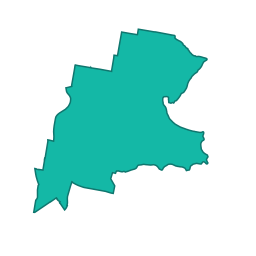 outline of Melville, Western Australia, Australia, rotated 100°
{"feature_id": "25037944B89194743408802", "entity_name": "Melville", "entity_type": "district", "adm_level": 2, "iso_a3": "AUS", "parent_name": "Australia", "parent_adm1": "Western Australia", "projection": "mercator", "projection_center": [115.829, -32.044], "detail": "fine", "context": "isolated", "style": "filled", "palette": "teal", "viewbox_px": 256, "rotation_deg": 100, "n_neighbors": 0, "source": "geoboundaries", "source_scale": "gbopen_adm2", "svg_char_len": 5572}
<svg xmlns="http://www.w3.org/2000/svg" viewBox="0 0 256 256"><g transform="rotate(100 128 128)"><path d="M174.8,132.5L174.3,132.3L173.8,132.3L173.1,132.1L172.4,131.8L172.2,131.5L172.2,130.9L172.2,130.5L172.0,130.2L171.9,129.9L172.1,129.1L172.2,127.6L172.2,126.6L172.1,126.1L172.0,125.6L171.8,125.3L171.4,124.4L171.5,123.9L171.8,123.1L171.8,122.8L171.5,122.4L171.3,122.0L170.8,120.9L168.9,117.7L167.2,114.2L166.2,113.0L165.4,112.6L163.7,112.0L163.1,111.7L162.8,111.3L162.6,110.7L161.9,108.3L161.2,106.8L161.1,106.2L161.0,105.5L161.0,104.4L160.9,103.3L160.8,102.3L160.6,99.6L160.3,98.3L159.8,96.9L159.7,96.5L159.7,95.6L159.8,95.1L159.9,94.1L160.3,93.2L161.0,92.1L161.8,91.2L162.3,90.7L163.0,90.0L163.1,89.6L163.1,89.3L163.6,87.9L163.6,87.6L163.5,87.2L163.3,87.0L163.0,86.8L161.3,86.3L159.7,85.3L159.0,84.5L158.0,83.2L157.2,82.6L157.0,82.3L156.6,81.5L156.2,80.1L156.1,79.1L156.1,78.7L156.1,78.0L157.1,74.3L157.1,73.4L157.2,72.2L157.1,71.2L157.2,70.9L157.1,70.1L157.1,69.3L157.0,68.7L157.0,67.6L157.1,67.0L157.6,65.2L157.8,64.8L158.1,64.5L158.6,64.1L159.8,63.1L159.3,62.0L158.9,61.0L158.8,60.5L158.6,60.3L158.2,60.1L157.3,60.1L156.7,59.9L156.0,60.0L155.8,60.0L155.3,59.8L155.1,59.8L154.7,59.7L154.1,59.4L153.9,59.1L153.5,58.6L152.4,57.7L151.7,56.2L151.5,55.7L150.9,54.3L150.9,53.1L150.9,51.2L150.8,49.9L150.7,49.6L150.4,49.4L149.9,49.2L148.5,48.4L148.2,47.9L148.1,47.6L148.1,47.3L148.4,46.5L148.8,45.8L149.4,45.1L149.7,44.5L149.7,44.0L149.5,43.7L149.1,43.4L148.7,43.3L148.4,43.3L148.2,43.5L147.9,43.8L147.1,44.4L145.8,45.1L145.3,45.2L144.6,45.1L143.4,44.6L142.8,44.3L142.5,44.3L142.2,44.3L141.5,44.8L140.9,45.1L140.7,45.5L140.4,46.6L139.9,47.8L139.4,48.8L138.8,49.7L138.4,50.2L137.5,50.9L136.9,51.5L136.4,51.9L135.7,52.3L134.3,52.7L132.9,53.2L132.1,53.3L131.3,53.6L130.9,53.6L130.2,53.5L129.7,53.4L129.1,53.2L128.5,53.0L127.9,52.6L127.3,52.0L126.9,51.4L126.3,51.2L125.7,51.1L125.4,51.3L125.0,51.6L124.4,51.9L123.8,52.4L123.4,52.8L122.1,52.8L121.1,52.6L120.6,52.5L119.5,52.6L119.2,52.7L118.8,53.0L118.7,53.2L118.7,53.6L118.8,53.8L119.1,54.1L119.5,54.9L119.7,55.4L119.9,56.8L119.9,61.0L119.8,62.5L119.9,63.3L119.5,67.7L119.2,69.6L119.1,70.5L118.6,73.1L118.4,74.5L117.9,76.9L116.4,81.2L115.7,82.9L115.3,83.4L114.7,84.5L114.1,85.4L113.6,86.0L113.2,86.6L111.9,88.4L111.3,89.0L109.3,90.3L108.7,90.7L106.7,92.2L104.8,92.8L103.9,93.2L103.2,93.4L102.2,93.9L101.6,94.2L100.6,95.0L99.2,96.7L98.3,97.4L97.9,97.6L97.2,97.8L96.9,97.8L96.4,98.0L96.0,98.2L94.8,98.6L94.2,98.7L92.5,98.9L91.8,98.6L91.3,98.4L91.0,98.0L90.3,95.4L90.3,94.7L90.4,94.3L90.6,93.9L91.0,93.4L91.6,93.2L92.4,93.2L93.2,93.0L94.6,92.5L95.2,92.5L95.7,92.3L96.0,92.0L96.0,91.8L95.8,91.2L96.1,90.5L96.1,90.2L95.9,89.6L95.2,88.7L95.3,88.0L95.4,87.7L95.5,87.5L95.3,87.2L94.7,87.0L93.5,86.6L93.0,85.9L92.8,85.4L92.5,85.0L90.3,83.7L89.1,83.1L86.9,82.1L86.0,81.9L85.1,81.6L84.5,81.1L83.9,80.2L83.3,79.5L82.6,79.0L80.0,77.9L78.4,77.3L77.7,77.2L76.2,77.0L74.0,76.9L72.2,76.5L71.4,76.3L69.3,75.4L67.6,74.4L66.9,74.3L66.1,74.0L63.4,72.1L62.4,71.2L61.5,70.2L60.8,69.6L60.2,69.4L59.5,69.2L59.0,69.1L58.7,69.0L57.6,68.0L56.9,67.5L55.4,66.7L53.8,66.1L51.6,65.6L49.6,64.8L49.4,64.6L49.0,64.1L48.1,63.2L47.5,62.4L47.1,62.2L46.8,62.1L46.2,62.3L46.1,62.6L46.0,63.1L45.8,63.2L45.7,63.7L45.7,64.4L45.6,65.1L45.6,65.7L45.4,67.1L45.2,69.1L45.2,69.6L45.2,70.4L45.3,71.3L45.7,72.5L45.7,73.2L45.7,73.6L45.5,74.0L45.3,74.2L45.4,75.1L45.4,75.4L45.2,76.2L45.0,76.7L44.7,77.2L44.7,77.5L44.4,77.9L43.7,78.6L43.4,79.1L43.0,79.8L42.6,80.2L41.0,81.7L40.4,82.5L39.7,82.7L39.6,82.8L39.4,83.2L39.4,83.6L39.1,83.8L39.0,84.0L39.0,84.5L38.7,85.0L38.4,85.2L37.3,86.4L37.1,86.8L36.8,87.6L36.5,88.1L36.3,88.3L35.8,88.4L35.6,88.5L35.1,89.0L34.0,90.7L33.6,91.6L33.1,93.4L32.9,94.1L32.7,94.4L32.5,95.4L32.1,96.1L31.7,96.6L31.3,97.4L31.1,97.6L30.7,97.4L29.3,97.6L28.8,98.2L28.8,101.4L29.0,101.6L28.9,101.7L28.8,101.8L28.6,117.4L28.8,119.2L28.8,121.5L28.9,135.0L34.4,134.9L34.5,135.1L34.5,137.4L34.6,141.8L34.6,150.9L42.2,150.9L58.6,150.9L58.7,154.4L59.0,154.4L61.5,154.2L74.0,154.1L75.1,154.0L75.0,166.1L75.2,174.7L74.9,175.0L75.1,175.0L75.1,177.5L75.2,187.7L75.1,190.9L75.4,191.0L79.8,190.9L95.9,190.9L96.8,190.6L98.8,195.0L99.2,196.1L102.1,195.1L102.8,194.8L103.4,194.4L103.9,194.0L104.4,193.5L105.9,191.7L106.8,190.8L107.4,190.4L108.0,190.0L108.6,189.7L109.4,189.5L110.2,189.4L111.5,189.3L112.8,189.3L114.2,189.6L115.6,190.0L117.0,190.5L117.7,190.9L119.5,192.2L120.5,192.9L121.0,193.5L125.1,198.0L126.3,199.1L127.2,199.8L128.1,200.3L129.0,200.7L129.8,201.0L131.6,201.1L138.5,201.1L140.3,201.0L141.9,200.9L144.5,200.6L149.1,199.5L151.2,199.2L153.9,199.0L153.6,203.3L153.6,204.9L154.9,204.6L163.5,204.5L163.8,204.5L164.0,204.5L172.0,204.4L172.0,204.8L173.8,204.8L173.8,204.6L184.2,204.5L184.3,208.5L184.5,208.5L184.5,211.4L184.1,211.5L184.1,212.7L189.1,211.0L191.7,210.0L195.4,208.2L197.9,206.8L199.2,206.0L200.2,206.5L204.7,206.4L211.9,205.1L213.3,205.3L215.2,206.3L227.4,206.2L227.3,205.2L214.2,191.7L214.3,191.6L209.6,186.8L209.6,186.6L209.3,186.3L210.4,185.2L210.6,185.4L211.0,184.9L211.7,183.9L212.4,182.2L212.8,182.4L213.2,182.5L213.4,182.3L213.7,182.3L213.8,182.2L213.9,181.8L219.5,176.4L219.7,176.2L219.3,175.9L217.8,175.1L217.0,174.8L216.2,174.6L215.0,174.3L214.9,174.7L213.5,174.6L212.7,174.6L211.8,174.7L208.0,175.5L207.1,175.6L206.0,175.7L203.9,175.5L195.5,174.6L190.7,173.9L190.8,173.6L191.1,173.7L192.4,170.0L193.2,167.1L193.6,164.9L194.1,161.8L194.2,160.9L194.2,158.4L194.3,139.0L194.5,137.6L194.9,134.2L195.0,133.4L195.0,131.2L187.3,131.0L181.0,136.2L174.7,135.5L174.7,133.4L174.8,132.5Z" fill="#14b8a6" stroke="#0f766e" stroke-width="1.5"/></g></svg>